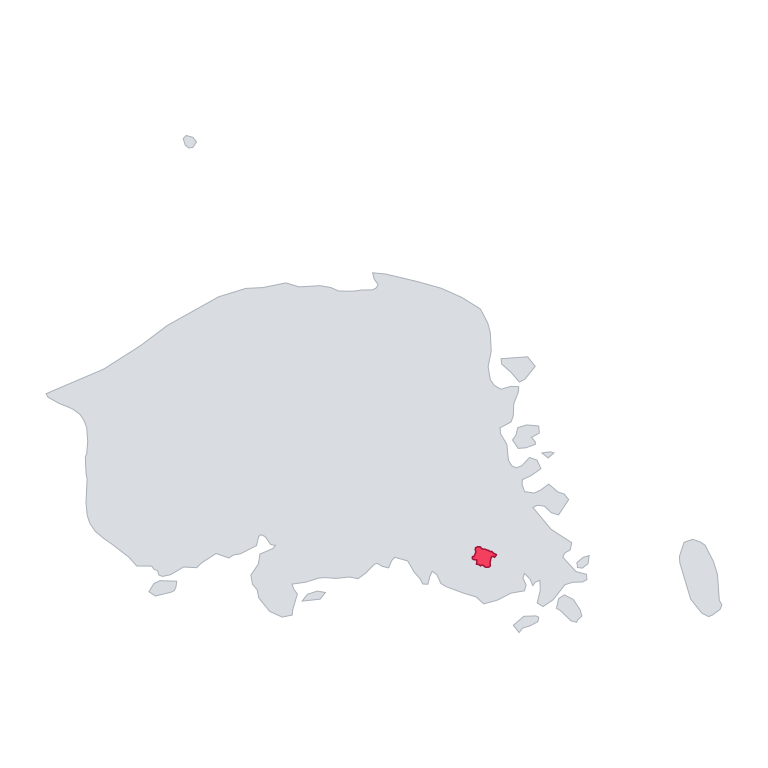 Gwangsan-gu, South Jeolla, South Korea shown in context, rotated 270°
{"feature_id": "91817680B16538338684661", "entity_name": "Gwangsan-gu", "entity_type": "district", "adm_level": 2, "iso_a3": "KOR", "parent_name": "South Korea", "parent_adm1": "South Jeolla", "projection": "mercator", "projection_center": [126.761, 35.15], "detail": "fine", "context": "in_parent", "style": "filled", "palette": "rose", "viewbox_px": 768, "rotation_deg": 270, "n_neighbors": 0, "source": "geoboundaries", "source_scale": "gbopen_adm2", "svg_char_len": 4043}
<svg xmlns="http://www.w3.org/2000/svg" viewBox="0 0 768 768"><g transform="rotate(270 384 384)"><path d="M198.7,154.1L201.8,151.7L202.0,148.2L202.0,136.8L210.8,128.9L223.4,112.6L229.6,103.7L236.6,95.4L244.7,89.8L252.7,87.2L265.3,86.0L289.4,87.1L294.1,86.1L310.8,85.3L314.8,86.8L326.9,87.7L340.4,86.7L347.2,84.2L353.5,80.1L359.0,72.7L364.7,58.9L370.7,48.1L374.3,46.1L398.9,103.7L422.5,140.7L442.6,167.4L471.2,218.6L479.6,245.9L480.4,262.8L485.1,285.9L481.1,299.2L482.3,320.0L480.5,330.7L477.0,338.6L476.8,353.6L478.0,361.7L478.1,372.4L480.3,376.5L483.6,378.1L488.8,374.2L495.2,372.6L494.0,385.4L486.3,417.8L479.7,441.3L470.6,461.7L459.0,480.4L445.1,487.7L435.4,490.3L416.8,491.2L401.3,488.1L388.0,490.4L382.7,494.2L378.7,500.9L381.7,511.2L381.3,518.8L375.6,518.2L364.3,513.8L351.9,513.2L346.0,511.0L340.2,500.1L334.2,500.5L323.7,506.9L307.7,508.4L302.1,511.9L300.1,516.4L302.5,522.1L310.5,529.5L307.8,537.1L299.4,540.9L292.7,531.6L288.4,522.5L283.7,522.0L276.4,524.6L274.9,534.4L278.3,541.1L283.9,548.8L276.1,557.8L274.0,564.1L268.4,568.7L253.1,558.5L255.3,551.3L261.9,544.4L262.7,537.2L260.5,532.9L238.7,551.1L225.3,571.7L218.1,570.2L215.1,564.9L210.9,562.7L196.4,576.0L193.7,586.5L188.4,586.9L186.0,582.5L185.8,573.0L183.3,564.9L168.3,553.2L161.4,543.0L165.1,537.2L177.7,540.3L187.7,539.9L185.7,535.1L182.4,532.8L189.1,530.0L194.6,524.4L190.0,522.9L183.0,526.1L177.2,524.5L174.9,511.1L167.8,497.2L164.1,483.8L171.1,476.1L174.7,464.0L181.2,446.5L184.5,440.9L193.5,436.8L196.7,432.2L191.7,429.9L183.8,427.9L184.0,422.8L189.4,420.0L195.4,414.5L207.1,407.7L210.7,394.8L207.3,391.6L200.1,388.6L201.7,382.1L204.7,377.1L203.6,374.2L195.0,365.8L189.3,358.1L191.0,349.4L189.6,336.2L190.4,325.2L190.0,319.1L185.8,305.6L183.9,292.0L178.4,294.0L174.0,297.4L158.0,292.6L153.0,292.3L150.9,282.2L156.6,269.7L170.2,258.7L178.0,257.3L183.9,252.4L193.0,250.9L204.0,258.4L213.9,259.9L219.4,272.8L222.7,275.5L223.4,270.8L231.4,265.2L233.3,261.0L231.6,258.7L222.4,256.5L214.2,240.4L213.0,233.4L210.0,228.9L214.5,216.1L205.0,201.4L200.3,196.7L201.0,183.5L196.0,175.1L193.3,170.5L191.6,162.5L193.0,158.9L197.4,157.5L198.7,154.1ZM167.7,719.3L163.2,721.9L159.0,720.3L157.8,719.1L152.8,712.1L151.4,708.6L154.9,701.8L168.8,690.7L204.9,679.9L211.4,679.4L225.6,684.0L228.7,692.7L226.1,700.1L222.8,705.1L206.3,713.5L193.4,717.5L167.7,719.3ZM411.2,527.6L401.7,535.2L388.9,525.0L385.9,519.4L395.6,511.1L403.9,501.7L409.3,501.1L411.2,527.6ZM343.1,526.7L342.0,538.7L334.9,539.3L330.6,531.5L326.1,535.3L323.7,535.4L320.2,525.8L319.6,518.2L328.0,512.5L333.0,516.0L340.3,517.7L343.1,526.7ZM158.3,580.0L151.9,581.9L148.2,577.7L145.7,576.6L147.1,571.0L157.6,560.2L159.7,556.4L169.4,558.7L173.1,564.4L168.6,573.2L158.3,580.0ZM187.3,159.9L186.8,176.7L181.2,176.0L177.4,174.3L175.8,171.0L172.0,155.4L176.3,148.9L184.5,154.0L187.3,159.9ZM152.1,535.9L150.8,538.8L146.4,537.9L141.9,529.5L140.0,522.8L135.5,519.1L142.7,513.3L151.7,523.8L152.1,535.9ZM176.9,317.3L175.5,325.4L168.8,320.0L166.9,302.2L173.7,307.4L176.9,317.3ZM630.7,192.8L626.1,196.5L620.6,192.8L620.0,188.8L622.8,185.3L629.4,183.2L632.5,186.2L630.7,192.8ZM210.7,583.3L212.4,589.1L204.3,588.0L199.9,582.4L200.5,577.6L205.4,576.9L210.7,583.3ZM316.2,550.1L315.1,553.9L310.0,548.2L315.0,541.9L316.2,550.1Z" fill="#d9dde1" stroke="#a8b0b8" stroke-width="1"/><path d="M213.4,496.4L214.6,493.9L215.3,493.0L216.2,492.2L216.5,491.9L216.5,490.6L216.9,489.3L217.6,488.7L217.8,487.4L218.4,486.2L218.8,485.1L218.9,483.3L219.2,482.0L219.8,481.3L220.9,480.7L221.2,479.6L221.3,478.4L221.2,477.3L220.6,476.6L220.3,475.6L220.0,475.5L218.1,475.2L216.9,475.9L215.7,475.8L214.1,475.1L212.6,474.5L211.5,473.9L211.4,472.5L209.5,472.3L208.5,473.3L208.3,474.5L207.9,476.9L206.5,476.8L203.8,476.5L203.4,479.0L202.7,479.7L202.3,480.3L202.1,480.7L202.9,481.4L202.8,482.8L202.0,483.9L200.9,485.2L200.7,487.1L201.0,489.2L202.4,490.4L202.7,490.3L202.9,490.3L204.2,490.2L205.4,490.0L207.2,490.5L209.0,490.7L210.5,491.3L211.5,492.1L211.7,493.6L210.7,494.2L211.3,495.2L212.6,496.1L213.4,496.4Z" fill="#f43f5e" stroke="#9f1239" stroke-width="1.5"/></g></svg>